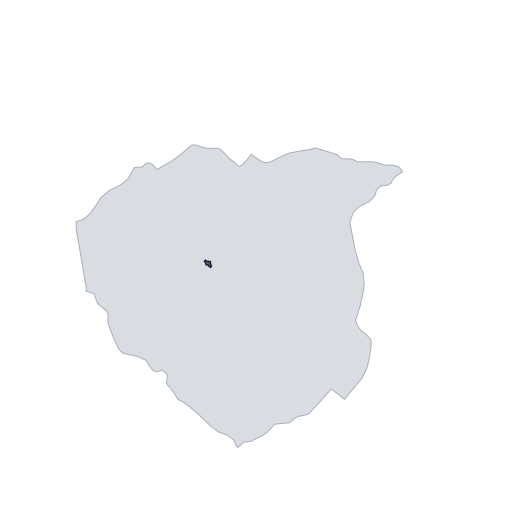 Shurugwi Town, Midlands, Zimbabwe (highlighted), rotated 130°
{"feature_id": "62879985B16966915887003", "entity_name": "Shurugwi Town", "entity_type": "district", "adm_level": 2, "iso_a3": "ZWE", "parent_name": "Zimbabwe", "parent_adm1": "Midlands", "projection": "robinson", "projection_center": [30.031, -19.693], "detail": "fine", "context": "in_parent", "style": "filled", "palette": "slate", "viewbox_px": 512, "rotation_deg": 130, "n_neighbors": 0, "source": "geoboundaries", "source_scale": "gbopen_adm2", "svg_char_len": 2899}
<svg xmlns="http://www.w3.org/2000/svg" viewBox="0 0 512 512"><g transform="rotate(130 256 256)"><path d="M345.2,415.8L341.5,413.1L336.5,411.3L330.0,410.5L321.7,410.9L311.4,412.3L300.4,410.6L288.6,405.5L278.8,403.7L267.2,405.9L266.7,406.0L264.6,404.3L261.4,400.6L256.1,399.9L254.7,399.0L253.5,397.7L252.7,395.9L252.4,394.0L253.2,387.9L252.8,387.2L251.3,386.5L248.4,385.7L241.4,383.0L232.6,380.3L218.2,377.4L212.7,376.6L211.4,375.7L209.7,373.5L207.0,366.5L204.4,361.9L198.2,354.8L197.2,352.5L197.5,346.9L197.9,342.3L198.6,338.5L198.2,334.8L198.1,330.3L198.3,327.3L197.5,326.0L195.2,325.1L188.9,324.7L181.1,324.9L180.9,320.3L180.1,313.2L178.6,309.1L176.9,307.0L173.3,304.8L166.1,301.8L156.3,297.1L147.9,290.3L138.3,281.9L135.3,280.4L131.7,272.4L126.2,258.8L126.6,254.3L125.7,252.0L120.5,245.3L119.3,241.9L118.3,238.3L109.9,228.5L107.1,224.3L104.9,218.8L102.7,214.4L100.9,212.6L98.5,209.6L96.8,206.2L96.0,203.6L96.6,200.2L97.4,197.9L105.4,200.3L109.7,200.5L113.1,199.3L117.3,200.9L122.3,205.4L127.8,206.2L133.7,203.5L141.7,204.3L151.7,208.7L160.1,209.6L170.0,205.7L178.8,194.8L187.1,184.6L195.2,172.8L200.1,163.2L207.3,155.5L216.9,149.5L226.6,144.4L241.5,138.2L244.4,133.1L245.4,127.6L245.4,119.8L246.2,114.8L247.7,112.5L250.2,110.7L253.4,108.4L263.2,102.5L271.4,98.7L281.4,96.3L292.4,96.2L303.0,96.2L309.0,96.2L309.0,103.7L309.5,112.0L310.7,112.9L318.6,113.0L331.4,113.6L343.6,114.2L351.5,120.3L354.1,121.6L362.3,123.2L372.6,133.4L385.2,134.3L393.8,137.5L401.3,140.9L405.7,145.1L408.5,146.1L412.3,146.4L414.2,146.8L413.8,149.8L411.2,154.9L411.5,162.1L415.0,172.3L415.4,181.0L414.3,196.6L414.2,211.6L414.6,216.9L415.1,220.5L415.9,222.4L415.7,224.6L413.6,230.9L411.9,237.6L411.8,240.2L411.2,242.1L409.9,243.8L404.5,246.8L403.5,248.7L403.6,252.1L404.2,255.0L406.3,256.1L408.7,257.7L409.7,259.9L409.7,262.1L408.9,266.3L406.7,273.3L408.8,281.3L411.3,286.5L414.6,292.5L416.0,296.3L415.9,298.9L415.4,301.5L410.3,312.5L406.6,319.3L402.2,326.6L396.3,331.2L394.7,333.4L394.1,335.9L394.3,341.4L394.0,347.1L389.0,356.0L392.1,363.6L391.3,364.3L389.6,365.3L382.4,373.9L375.1,382.5L369.7,388.8L363.6,396.0L356.8,404.1L351.0,410.9L345.2,415.8Z" fill="#d9dde1" stroke="#a8b0b8" stroke-width="1"/><path d="M289.6,287.2L289.6,287.6L290.6,287.7L290.6,289.1L291.1,289.1L291.2,289.6L291.6,289.8L291.6,291.9L292.4,292.0L292.7,291.5L292.9,291.4L293.0,291.5L292.9,291.7L292.7,292.1L293.2,292.1L293.6,290.4L293.8,290.2L293.9,289.9L293.9,289.7L294.0,289.6L294.0,289.4L294.1,289.2L294.3,289.0L294.4,288.9L294.5,288.9L294.5,288.7L294.8,288.4L294.9,288.1L294.9,287.9L295.0,287.8L294.6,288.1L294.0,287.7L293.9,287.5L293.8,287.3L293.5,287.2L293.3,287.1L293.8,286.7L293.9,285.9L293.9,285.6L294.2,285.6L294.2,285.3L293.9,285.4L293.9,284.6L293.9,283.4L293.1,283.5L292.5,283.6L292.6,283.8L292.0,284.5L291.2,285.4L291.4,285.7L291.1,286.0L290.8,286.5L290.5,287.1L289.6,287.2Z" fill="#64748b" stroke="#1e293b" stroke-width="1.5"/></g></svg>